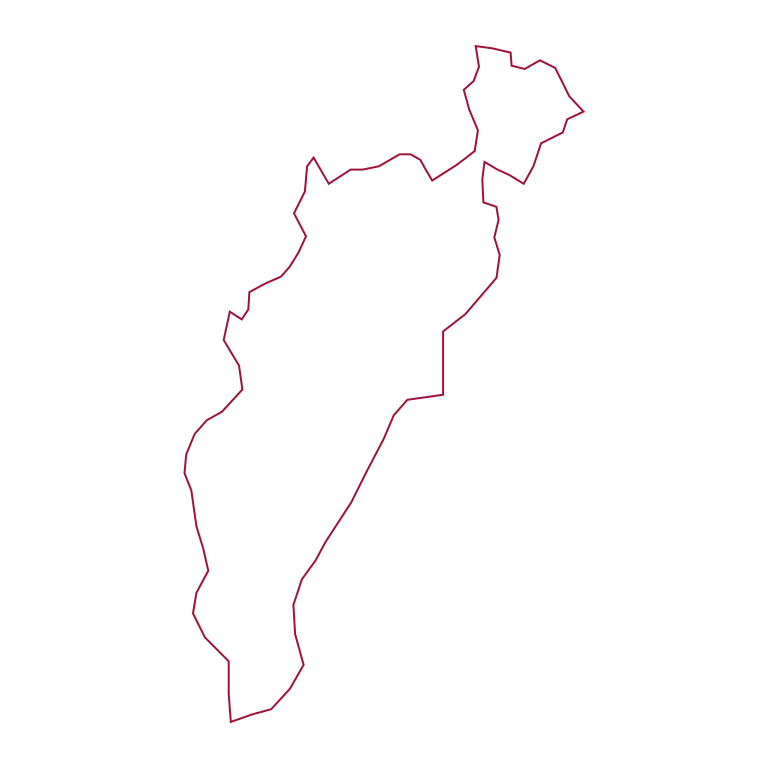 outline of Nikitari, Nicosia, Cyprus
{"feature_id": "46923920B48004399301476", "entity_name": "Nikitari", "entity_type": "district", "adm_level": 2, "iso_a3": "CYP", "parent_name": "Cyprus", "parent_adm1": "Nicosia", "projection": "orthographic", "projection_center": [32.981, 35.047], "detail": "fine", "context": "isolated", "style": "outline", "palette": "rose", "viewbox_px": 768, "rotation_deg": 0, "n_neighbors": 0, "source": "geoboundaries", "source_scale": "gbopen_adm2", "svg_char_len": 1206}
<svg xmlns="http://www.w3.org/2000/svg" viewBox="0 0 768 768"><path d="M510.6,52.6L492.1,48.3L475.7,46.1L479.0,66.8L473.6,81.1L463.8,89.8L469.2,109.5L477.9,130.2L474.7,151.0L464.9,158.7L456.2,165.2L432.2,180.5L425.7,169.6L420.3,159.8L410.5,154.3L399.6,154.3L378.9,166.3L362.6,169.6L350.6,169.6L328.8,183.8L313.6,157.6L307.1,166.3L304.9,191.5L294.0,213.3L306.0,236.3L298.4,252.7L289.6,266.9L280.9,276.7L265.7,283.3L249.4,292.1L248.3,309.5L241.7,319.4L229.8,311.7L223.7,340.0L239.0,365.6L242.4,389.5L222.0,411.7L206.7,420.3L194.7,433.9L186.2,454.4L184.5,473.2L191.3,490.3L196.4,526.2L203.2,548.5L208.3,570.7L196.4,592.9L193.0,613.4L204.9,637.4L228.7,661.3L228.7,693.8L230.8,721.9L252.5,714.3L271.2,709.2L290.0,688.7L303.6,664.8L295.1,634.0L293.4,604.9L301.9,579.3L315.5,560.5L325.7,541.7L351.3,502.3L366.6,471.6L383.6,439.1L393.8,415.2L407.4,399.8L443.1,394.7L443.1,331.4L465.2,314.3L496.5,277.8L499.7,254.9L494.3,237.4L498.6,219.9L496.4,206.8L483.4,202.4L482.3,179.4L484.5,161.9L497.5,169.6L509.5,175.1L523.7,183.8L533.4,166.3L541.1,143.3L562.8,132.4L567.2,119.3L583.5,111.6L569.3,96.3L562.8,83.2L555.2,67.9L539.9,60.3L524.7,69.0L511.6,65.7L510.6,52.6Z" fill="none" stroke="#9f1239" stroke-width="2"/></svg>